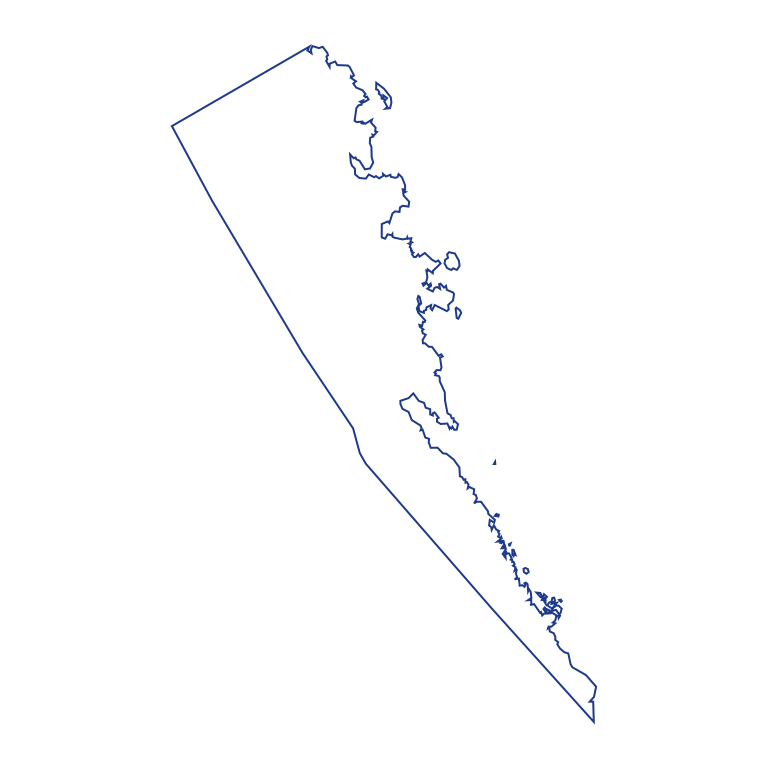 outline of East AreAre, Malaita, Solomon Islands
{"feature_id": "97153195B49171741806918", "entity_name": "East AreAre", "entity_type": "district", "adm_level": 2, "iso_a3": "SLB", "parent_name": "Solomon Islands", "parent_adm1": "Malaita", "projection": "natural_earth1", "projection_center": [161.264, -9.266], "detail": "fine", "context": "isolated", "style": "outline", "palette": "blue", "viewbox_px": 768, "rotation_deg": 0, "n_neighbors": 0, "source": "geoboundaries", "source_scale": "gbopen_adm2", "svg_char_len": 6102}
<svg xmlns="http://www.w3.org/2000/svg" viewBox="0 0 768 768"><path d="M171.9,126.1L212.0,200.6L302.5,352.9L353.1,428.4L359.8,453.1L365.8,463.7L491.8,608.5L593.8,721.9L593.2,701.7L589.7,701.7L594.0,696.9L596.1,686.7L586.0,675.1L572.4,667.3L570.6,664.3L568.3,653.4L564.2,652.2L559.9,648.4L557.3,644.3L558.2,642.2L555.2,639.8L555.4,637.0L553.7,633.2L549.8,631.5L549.3,627.5L548.0,628.4L548.5,626.7L551.3,626.7L555.3,623.3L552.8,622.6L555.3,620.5L556.4,615.4L551.2,612.2L550.7,613.3L544.0,613.7L542.2,615.5L541.1,612.1L540.1,612.8L534.1,604.1L530.3,605.1L531.4,604.1L531.2,600.0L528.0,600.2L531.4,598.0L530.7,591.9L529.1,589.3L528.1,591.4L527.6,584.2L525.9,582.6L524.4,583.3L525.4,585.1L524.5,586.8L522.4,585.2L519.7,585.7L518.9,578.6L514.6,579.3L517.2,577.5L515.9,573.6L516.7,570.0L516.1,569.0L514.7,570.4L515.5,567.2L513.0,565.7L514.6,564.4L513.5,561.8L512.2,562.0L512.2,559.9L510.7,559.6L511.7,558.1L509.0,553.4L506.9,553.6L507.1,554.7L506.3,552.0L505.1,552.6L505.6,557.9L502.7,553.9L505.9,549.1L505.1,546.3L503.9,548.2L501.7,548.3L504.2,544.2L503.6,541.4L501.4,543.2L500.3,542.8L501.6,541.0L497.5,541.6L501.7,538.3L501.2,536.9L500.6,538.0L498.1,536.6L499.5,534.1L498.1,532.0L499.1,531.0L496.2,529.5L493.9,525.3L491.7,529.8L491.3,527.2L489.1,525.5L489.8,519.9L494.1,522.6L494.9,519.9L488.3,513.9L488.0,511.3L481.1,501.8L476.8,501.7L474.1,503.4L476.9,498.4L475.9,495.1L473.6,494.1L474.2,489.3L469.4,487.0L467.8,488.3L468.5,484.5L466.9,482.1L465.5,482.7L465.3,479.2L463.7,479.8L462.0,477.0L459.9,476.3L459.4,467.5L453.8,459.7L446.5,453.8L442.9,453.3L437.5,447.7L430.7,447.8L428.7,442.3L429.1,438.9L425.3,437.5L422.6,429.7L420.6,430.3L421.5,428.1L420.6,425.6L411.8,420.1L408.6,412.0L402.4,408.8L400.4,403.9L400.4,400.8L408.6,398.1L413.3,393.4L418.8,400.9L424.1,402.9L425.7,407.7L430.2,409.2L430.2,414.4L432.8,415.5L432.7,413.3L434.6,412.4L438.7,417.8L437.0,418.7L437.0,421.7L440.8,424.0L447.4,423.5L449.4,428.2L449.7,427.1L451.4,428.5L452.4,426.6L454.2,429.8L456.7,429.7L458.0,424.2L454.8,421.2L453.8,421.9L453.6,418.3L451.7,418.2L450.6,415.0L447.5,413.3L445.0,400.4L444.8,392.4L439.8,381.3L439.7,377.5L438.8,376.0L435.1,375.2L435.9,373.4L434.5,372.5L436.6,370.1L440.5,370.2L441.5,367.4L440.0,357.6L442.7,356.4L441.2,354.3L438.6,355.8L432.0,346.9L428.7,346.7L424.9,343.2L423.0,343.3L422.6,340.0L425.7,334.8L422.8,333.2L422.0,330.5L423.4,329.4L419.8,326.8L419.4,324.9L422.1,325.9L423.0,321.8L424.7,322.0L425.3,320.5L418.3,312.7L416.8,308.5L419.0,303.9L417.4,299.1L418.3,296.0L419.6,296.8L421.2,303.5L418.5,306.0L419.3,311.1L423.9,312.8L423.9,310.8L426.3,309.9L426.4,307.4L431.1,305.1L430.5,308.4L432.1,310.2L434.7,305.0L446.8,311.1L448.7,309.6L448.2,304.9L453.0,300.5L454.0,294.2L453.2,292.6L446.8,289.8L446.0,285.9L444.0,287.6L440.5,283.7L439.1,284.2L440.1,288.9L437.2,287.0L434.6,287.8L432.8,291.5L427.3,288.7L431.1,285.8L430.6,283.6L428.6,285.6L426.5,282.9L423.5,285.7L422.5,283.6L426.1,282.3L427.4,277.2L426.4,270.5L427.5,270.9L427.7,269.4L432.8,273.2L433.0,270.8L440.6,263.5L438.3,260.5L435.7,261.8L432.1,259.8L424.8,253.0L419.6,256.6L418.2,254.3L415.8,257.1L413.8,256.9L412.0,254.2L413.4,252.6L411.6,252.0L412.0,250.5L410.9,250.4L411.1,248.4L409.7,247.1L410.6,244.5L408.8,243.5L412.1,242.4L410.5,241.2L411.3,238.2L407.8,238.8L407.3,237.3L406.8,238.7L402.5,239.4L394.4,237.7L392.6,236.9L392.4,234.0L391.6,235.3L387.6,234.3L385.2,238.7L381.7,237.4L381.8,224.0L387.9,221.4L389.4,223.1L392.4,213.6L394.9,211.4L399.5,211.9L400.0,207.4L402.6,205.8L408.5,206.6L409.2,201.7L403.7,195.7L403.2,193.0L405.5,191.9L403.0,191.1L402.7,189.3L405.1,189.6L405.1,185.2L402.0,177.4L398.6,174.1L397.6,177.0L395.5,177.8L390.9,176.8L390.4,174.8L386.0,176.5L383.0,173.9L383.2,175.8L379.2,178.4L376.0,176.1L374.1,177.2L368.8,174.5L365.8,178.6L359.4,178.0L355.1,174.4L354.9,168.7L351.9,165.6L350.8,162.3L350.1,154.4L353.7,158.3L355.5,157.4L356.3,159.3L359.5,160.7L364.9,169.3L370.0,168.5L373.2,162.6L371.7,157.2L371.4,146.8L369.8,143.2L370.2,137.7L373.3,136.6L372.5,134.8L373.9,135.3L377.0,131.9L375.2,131.2L375.6,127.6L371.0,122.6L372.0,119.6L365.2,123.8L363.0,122.3L362.9,123.6L361.5,123.2L362.0,121.6L356.7,122.1L354.6,120.8L356.4,108.1L358.5,105.3L361.5,104.7L361.8,103.1L360.1,101.7L363.2,100.4L362.5,102.3L363.5,102.4L368.6,99.5L367.0,96.6L365.8,97.3L364.1,95.9L365.5,94.0L362.6,90.3L356.1,87.5L353.3,83.5L356.0,81.3L350.7,77.8L351.0,76.3L351.7,77.2L354.0,75.4L349.6,66.9L347.9,65.5L337.3,65.1L335.2,61.5L329.7,63.7L329.6,66.9L326.1,60.9L327.2,59.4L326.5,56.4L328.0,55.3L327.3,52.9L322.7,46.8L318.9,48.1L312.4,46.1L310.8,50.0L311.5,53.3L307.4,50.5L309.4,46.6L171.9,126.1ZM459.6,265.9L458.9,260.8L454.9,253.5L449.1,252.2L447.1,254.3L448.0,257.8L445.2,259.8L444.5,263.4L447.1,268.1L451.4,270.0L453.0,268.3L456.9,269.9L459.6,265.9ZM391.4,102.8L390.8,97.3L384.0,88.7L376.3,82.8L376.1,89.3L377.8,89.8L379.4,92.5L378.8,93.8L381.3,95.5L381.7,98.7L383.7,99.0L383.5,95.4L387.1,98.1L384.2,101.2L387.4,107.0L385.4,108.7L390.0,108.2L391.4,102.8ZM561.7,608.7L558.5,605.6L556.1,605.6L552.8,608.3L551.8,611.0L556.0,609.9L558.9,614.0L560.5,613.0L561.7,608.7ZM461.2,312.9L459.8,310.1L456.4,307.6L455.6,308.4L456.7,318.0L458.3,318.7L461.2,312.9ZM556.9,602.8L551.6,603.9L552.3,602.3L549.5,602.2L547.1,605.2L552.1,608.6L556.9,602.8ZM528.7,572.0L527.8,569.0L525.2,568.0L523.5,568.9L524.0,572.1L526.4,573.8L528.7,572.0ZM547.0,596.8L544.0,594.2L541.8,600.0L544.6,599.7L544.2,597.5L545.6,598.5L547.0,596.8ZM515.5,554.9L513.6,549.8L512.3,549.8L512.4,554.8L513.6,556.1L514.2,554.3L515.5,554.9ZM542.2,596.6L540.3,593.0L536.5,592.6L540.6,597.2L542.2,596.6ZM550.4,610.7L547.1,609.3L546.0,611.8L548.3,612.9L550.4,610.7ZM555.1,600.8L554.2,597.7L552.4,597.9L551.6,601.1L553.3,602.3L555.1,600.8ZM546.7,609.8L544.7,607.5L543.5,609.0L545.4,611.9L546.7,609.8ZM498.8,514.8L496.4,513.9L494.8,515.9L498.4,516.5L498.8,514.8ZM560.1,615.6L559.4,614.5L558.1,615.8L558.6,618.2L560.1,615.6ZM545.5,603.5L545.6,600.8L544.2,601.3L545.5,603.5ZM561.8,601.0L560.9,599.6L559.1,600.0L561.0,601.9L561.8,601.0ZM495.3,464.0L495.1,461.8L493.9,464.0L495.3,464.0ZM510.6,543.4L509.0,544.2L509.2,545.5L509.8,545.6L510.6,543.4Z" fill="none" stroke="#1e3a8a" stroke-width="2"/></svg>